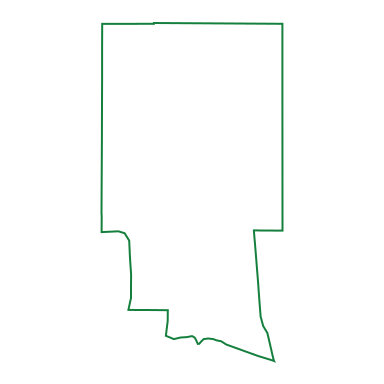 the district of Al Malha, North Darfur, Sudan
{"feature_id": "16777658B62126851922243", "entity_name": "Al Malha", "entity_type": "district", "adm_level": 2, "iso_a3": "SDN", "parent_name": "Sudan", "parent_adm1": "North Darfur", "projection": "robinson", "projection_center": [26.533, 17.176], "detail": "fine", "context": "isolated", "style": "outline", "palette": "green", "viewbox_px": 384, "rotation_deg": 0, "n_neighbors": 0, "source": "geoboundaries", "source_scale": "gbopen_adm2", "svg_char_len": 2254}
<svg xmlns="http://www.w3.org/2000/svg" viewBox="0 0 384 384"><path d="M282.4,100.6L282.4,40.7L282.4,40.3L282.4,23.8L153.9,23.0L153.9,23.8L102.2,23.9L102.1,47.5L102.1,50.1L102.1,79.3L102.0,104.2L101.9,140.1L101.5,213.2L101.7,216.5L101.6,232.1L118.4,231.3L124.6,233.2L129.2,240.6L129.9,255.9L130.2,261.3L131.1,274.2L131.1,274.4L131.1,274.7L131.0,287.1L131.0,292.7L131.0,295.2L131.0,298.1L130.1,301.9L129.7,303.9L129.0,307.2L128.8,308.2L128.4,309.7L128.5,309.7L128.6,309.9L136.9,310.0L138.8,310.0L146.4,310.0L158.4,310.1L167.8,310.2L167.8,310.4L167.7,320.9L165.9,335.6L165.9,335.8L170.5,337.7L173.8,339.1L180.6,337.5L186.9,337.1L192.1,336.1L194.7,337.6L196.0,339.9L197.8,343.9L199.2,343.8L201.1,341.6L203.7,339.1L205.1,338.9L208.1,338.5L213.3,339.1L216.4,340.3L221.3,341.3L226.2,344.5L258.1,356.0L267.6,358.9L271.8,360.2L274.0,361.0L273.9,360.8L273.8,360.2L273.7,360.1L273.5,359.1L273.2,358.2L272.9,356.9L272.8,356.4L272.4,354.8L271.9,352.7L271.7,351.7L271.3,350.0L271.0,348.5L270.4,346.3L270.3,345.5L269.7,343.0L269.7,342.9L269.6,342.5L269.4,341.8L269.3,341.2L269.0,340.0L269.0,339.8L268.8,339.1L268.7,339.0L268.7,338.5L268.2,336.6L267.8,335.0L267.8,334.6L267.5,333.7L267.4,333.3L267.4,333.0L267.4,332.9L267.2,332.7L266.9,332.2L266.6,331.8L266.3,331.2L266.2,331.0L266.1,330.8L266.0,330.6L265.8,330.4L265.7,330.2L265.3,329.5L265.2,329.4L265.0,329.1L264.7,328.6L264.6,328.4L264.4,328.0L264.0,327.3L263.8,327.0L263.4,326.4L263.2,326.1L263.1,325.6L263.0,325.4L263.0,325.2L262.9,324.9L262.8,324.7L262.7,324.2L262.3,322.7L262.2,322.5L262.0,321.8L261.8,321.0L261.5,319.7L260.9,317.6L260.6,316.7L260.6,316.1L260.5,315.4L260.5,314.7L260.4,313.8L260.4,313.2L260.3,312.9L260.3,312.6L260.3,312.1L260.1,309.9L259.3,299.6L258.0,281.3L257.5,275.1L257.2,271.5L256.2,258.8L255.4,248.9L255.3,247.7L254.9,242.8L254.6,239.4L254.5,238.4L254.4,237.4L254.3,235.9L254.2,234.7L254.1,233.2L254.1,232.9L254.0,232.7L254.0,231.9L253.9,231.6L253.9,231.3L253.9,230.8L253.9,230.7L253.9,230.4L254.1,230.4L254.4,230.4L254.6,230.4L254.8,230.4L255.2,230.4L255.5,230.4L256.9,230.4L260.2,230.5L261.3,230.5L262.2,230.5L265.2,230.5L268.6,230.5L270.1,230.5L271.8,230.5L273.8,230.6L278.1,230.6L279.2,230.6L282.5,230.6L282.5,230.3L282.4,100.6Z" fill="none" stroke="#15803d" stroke-width="2"/></svg>